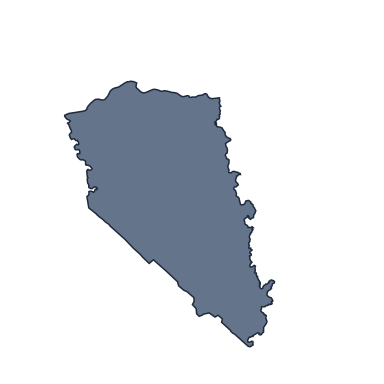 the district of Nahouri, Nahouri, Burkina Faso, rotated 41°
{"feature_id": "67063806B90465948144495", "entity_name": "Nahouri", "entity_type": "district", "adm_level": 2, "iso_a3": "BFA", "parent_name": "Burkina Faso", "parent_adm1": "Nahouri", "projection": "orthographic", "projection_center": [-1.117, 11.253], "detail": "fine", "context": "isolated", "style": "filled", "palette": "slate", "viewbox_px": 384, "rotation_deg": 41, "n_neighbors": 0, "source": "geoboundaries", "source_scale": "gbopen_adm2", "svg_char_len": 6071}
<svg xmlns="http://www.w3.org/2000/svg" viewBox="0 0 384 384"><g transform="rotate(41 192 192)"><path d="M65.4,164.3L64.4,166.7L64.1,169.5L65.5,174.8L65.6,179.0L65.0,180.4L63.4,181.8L60.4,183.3L58.2,185.8L57.3,191.5L57.2,195.0L57.7,197.5L58.3,198.6L58.0,200.7L56.3,203.1L47.6,213.4L46.3,215.9L46.0,217.2L45.6,217.6L46.2,218.4L48.8,219.0L50.4,219.0L51.3,218.5L53.4,218.2L53.8,219.8L53.0,221.0L53.0,221.8L55.0,222.1L58.5,224.0L60.9,224.9L61.9,226.0L61.6,227.6L61.8,229.0L62.3,229.8L64.5,230.7L64.8,231.1L66.5,231.4L67.6,229.6L68.4,229.1L70.7,229.4L71.7,228.2L72.6,228.8L73.7,228.9L75.1,230.0L75.1,231.0L73.6,231.7L73.4,235.0L74.3,235.8L74.8,235.7L75.8,236.5L76.8,236.3L78.8,234.2L80.2,234.6L82.0,236.4L82.1,236.9L80.7,237.8L80.4,238.3L80.6,239.1L82.4,240.6L85.8,241.0L87.2,240.6L88.5,239.2L90.8,238.6L91.9,238.9L93.5,240.9L94.6,241.2L95.1,240.4L97.9,239.4L101.0,239.8L101.5,240.3L101.4,241.2L100.8,242.5L100.3,243.0L99.1,243.0L98.6,243.3L98.7,245.1L103.0,249.3L104.1,249.4L104.4,251.0L107.3,253.7L109.4,254.3L111.2,256.3L113.4,255.8L114.3,255.1L114.7,252.7L116.2,251.3L118.1,251.2L118.1,252.0L118.6,252.6L117.4,253.0L117.1,253.4L117.9,255.1L118.0,256.8L116.6,257.0L115.2,257.7L114.1,258.8L114.0,259.6L115.2,260.5L116.0,262.1L115.7,264.4L124.5,271.7L135.0,271.3L135.0,271.5L138.7,271.6L141.4,271.2L146.9,271.4L150.5,270.9L152.2,271.4L172.6,271.7L184.9,272.9L193.6,273.0L197.7,273.6L206.6,274.0L207.3,268.5L224.6,268.6L240.0,269.2L243.4,271.6L250.6,271.5L253.3,270.5L262.8,270.5L265.4,273.3L266.2,276.7L271.6,277.3L275.4,280.9L279.0,281.1L280.5,278.2L280.7,276.8L284.3,272.0L291.4,271.3L292.6,267.9L298.2,267.9L299.8,270.9L311.8,271.2L312.7,271.7L315.2,271.8L317.3,271.3L335.5,271.6L337.2,270.9L337.7,270.0L337.9,268.4L338.2,268.2L338.4,267.3L336.8,265.9L336.5,265.2L336.0,264.9L334.9,265.5L334.0,267.6L332.9,268.3L332.1,268.3L331.0,266.9L330.7,265.0L330.4,264.4L330.8,263.5L331.3,263.4L331.5,262.6L332.2,261.7L332.5,261.1L332.1,260.7L332.7,260.4L332.4,259.8L334.0,254.9L335.4,254.6L335.8,255.5L336.4,255.5L336.9,254.8L337.4,254.9L337.9,254.0L337.6,252.5L337.9,251.1L337.7,250.3L336.4,249.3L336.3,248.7L334.9,247.4L334.3,242.2L333.4,240.4L330.8,239.0L330.0,238.2L329.2,236.6L328.0,236.6L327.3,237.3L327.0,236.9L326.6,237.0L325.8,236.5L324.8,236.5L324.2,236.9L322.1,236.6L321.5,236.0L321.1,234.5L319.7,233.1L322.0,231.1L322.4,230.4L322.3,229.4L323.5,228.1L323.7,227.4L323.4,226.7L324.4,226.2L324.8,225.6L324.6,225.5L324.8,224.8L325.6,224.6L325.7,223.8L325.2,223.2L324.0,223.0L323.8,222.4L324.5,221.5L324.5,221.1L322.7,220.3L321.1,219.9L319.3,220.7L317.6,220.8L316.1,220.5L315.3,219.4L315.1,218.7L314.2,217.6L315.3,213.7L314.9,213.1L315.1,212.5L314.3,212.1L314.3,211.2L313.8,210.9L313.9,210.2L313.0,208.5L313.8,206.7L313.2,205.6L311.8,205.4L311.5,205.8L310.8,205.8L309.5,206.4L309.0,207.5L309.1,208.2L308.7,208.9L309.3,209.5L309.1,210.3L309.4,210.5L309.4,211.1L308.6,213.0L308.1,213.1L308.1,214.4L307.6,215.2L307.8,217.0L308.5,218.0L308.5,218.4L308.2,219.2L307.2,219.7L306.1,219.6L305.1,219.0L305.4,218.9L305.1,218.4L304.5,218.5L304.1,217.1L303.5,217.2L302.8,216.8L302.8,216.3L303.3,216.0L302.6,215.4L301.2,215.2L300.6,214.7L299.6,214.8L298.8,214.1L296.7,213.3L296.8,212.8L296.0,212.9L294.9,212.3L293.7,211.0L292.5,211.9L291.9,211.6L291.6,210.1L288.7,207.3L288.5,206.3L287.1,206.5L286.5,209.0L285.4,210.1L284.8,210.3L284.7,210.0L284.0,209.8L283.4,208.4L283.5,207.3L283.0,207.1L283.3,205.7L280.8,205.3L279.7,204.6L277.7,202.6L277.4,202.6L277.4,202.3L278.1,201.4L278.1,200.7L277.2,199.9L275.7,200.1L275.4,199.9L275.0,198.3L275.4,197.2L275.4,196.4L275.1,196.2L273.8,196.6L273.0,195.9L272.2,197.1L271.6,197.0L271.3,196.3L270.5,195.6L270.4,194.7L268.9,194.2L268.7,193.6L268.2,193.1L268.3,192.4L268.0,191.1L267.2,190.7L267.1,189.8L266.4,189.2L264.7,188.5L263.7,186.1L263.8,185.5L263.3,185.2L263.5,184.5L263.1,184.1L263.5,183.5L263.0,182.7L262.8,180.6L261.9,180.8L261.2,180.0L261.8,178.8L260.1,178.8L259.9,179.8L259.1,180.8L258.2,181.2L257.8,182.0L256.0,181.0L252.9,181.4L250.8,179.5L249.6,179.0L249.4,177.0L250.3,174.6L250.2,174.0L249.7,174.0L249.4,173.5L249.8,173.0L250.7,173.1L251.4,173.4L252.0,174.4L254.1,174.3L254.1,173.1L255.2,171.0L253.8,169.2L253.5,167.0L252.4,164.2L250.8,163.8L249.9,163.2L247.6,162.7L246.4,161.6L245.2,161.8L244.4,161.5L243.9,161.9L242.8,161.0L240.4,161.2L239.9,161.5L238.5,163.6L239.3,165.6L239.3,167.5L238.4,168.4L238.0,169.3L236.8,169.6L231.1,165.6L227.8,165.9L226.5,164.0L223.9,162.4L221.6,162.4L221.0,161.6L220.8,160.5L222.0,158.9L222.0,157.7L222.3,156.4L221.5,155.8L218.5,155.4L217.0,154.5L215.9,151.7L215.2,150.8L215.8,150.0L215.6,148.8L216.0,148.5L216.5,147.0L217.0,146.9L216.8,146.7L216.1,146.4L215.1,146.9L213.4,147.2L212.0,148.1L210.3,148.7L209.2,150.0L208.7,152.2L206.9,153.1L206.0,152.3L205.6,151.1L204.0,150.4L202.1,149.1L201.0,146.1L199.1,143.7L198.3,143.3L196.5,144.2L195.4,143.4L193.8,142.9L193.0,142.4L192.7,141.6L192.4,140.4L192.9,139.8L192.9,139.4L191.5,137.3L189.4,135.7L187.4,135.1L185.5,133.4L186.5,129.5L187.1,128.6L187.1,127.2L186.4,126.8L185.6,127.0L185.3,126.7L184.6,127.2L181.3,127.8L180.3,127.1L179.5,127.0L178.5,126.3L178.0,125.3L175.9,125.1L175.3,124.6L174.4,124.6L172.6,123.9L171.9,124.3L171.3,124.3L167.9,126.3L167.2,125.8L165.3,125.9L165.0,125.6L165.2,125.3L166.0,124.9L165.6,124.3L165.0,124.0L164.5,125.0L164.1,125.0L163.4,124.1L164.2,123.7L163.6,123.1L163.7,121.8L163.2,120.8L164.4,119.5L164.3,118.3L163.3,116.9L162.1,116.4L162.2,114.7L160.9,113.8L160.2,112.2L158.6,111.5L157.2,110.1L157.1,109.3L157.5,108.3L156.3,108.1L154.2,106.9L153.6,106.3L153.8,105.7L153.2,104.8L151.5,103.7L150.9,102.9L146.3,108.0L144.5,109.3L142.0,109.6L139.1,108.5L137.9,108.7L137.0,109.7L136.2,112.1L133.6,115.0L132.3,118.2L129.9,120.1L128.7,121.8L127.7,122.0L126.6,121.6L126.0,121.9L125.1,122.6L123.1,125.6L121.9,126.4L120.1,126.9L116.3,127.2L113.7,128.4L111.5,130.0L107.0,132.2L104.7,133.7L102.9,136.2L99.7,137.2L96.8,138.7L95.3,140.1L91.8,147.3L90.2,149.3L87.6,150.0L82.0,149.8L80.6,149.3L78.7,146.0L75.5,147.0L72.8,148.8L71.9,150.4L70.9,151.2L70.0,153.1L67.7,161.1L65.4,164.3Z" fill="#64748b" stroke="#1e293b" stroke-width="1.5"/></g></svg>